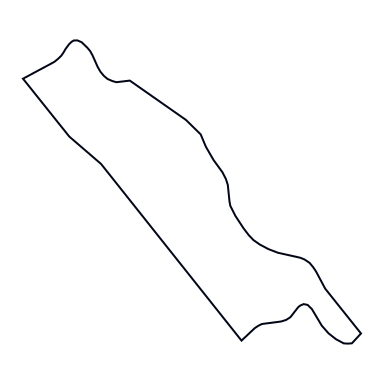 outline of Suhaj
{"feature_id": "EGY-1552", "entity_name": "Suhaj", "entity_type": "Governorate", "adm_level": 1, "iso_a3": "EGY", "parent_name": "Egypt", "parent_adm1": "", "projection": "orthographic", "projection_center": [31.858, 26.536], "detail": "fine", "context": "isolated", "style": "outline", "palette": "ink", "viewbox_px": 384, "rotation_deg": 0, "n_neighbors": 0, "source": "natural_earth", "source_scale": "10m", "svg_char_len": 870}
<svg xmlns="http://www.w3.org/2000/svg" viewBox="0 0 384 384"><path d="M348.4,343.6L343.8,343.4L335.8,339.1L328.5,333.3L321.8,325.7L311.9,309.1L307.6,304.9L303.6,304.1L300.0,305.7L298.1,307.3L290.4,317.2L286.2,319.9L281.1,321.5L261.9,324.0L258.3,325.8L254.7,328.2L241.5,340.6L101.1,164.0L69.3,136.6L23.0,78.7L54.3,61.9L58.0,58.9L61.2,55.8L63.4,52.7L65.6,48.9L69.0,44.3L71.6,41.8L73.7,40.5L77.4,40.4L81.6,42.2L87.4,47.8L90.1,51.0L92.5,55.3L97.8,67.2L100.5,71.8L103.8,75.8L107.6,79.0L112.5,81.1L116.4,82.2L129.8,80.6L185.9,119.9L200.7,134.4L205.9,146.8L213.6,160.1L222.4,172.2L225.9,179.0L227.8,184.9L229.5,201.5L230.3,205.8L235.4,215.9L243.6,228.4L248.8,235.2L253.5,240.1L259.6,244.4L268.4,249.1L278.1,252.8L300.1,257.7L304.4,259.4L309.6,262.9L313.1,267.1L316.1,271.6L325.2,288.7L361.0,333.5L351.9,343.3L348.4,343.6Z" fill="none" stroke="#020617" stroke-width="2"/></svg>